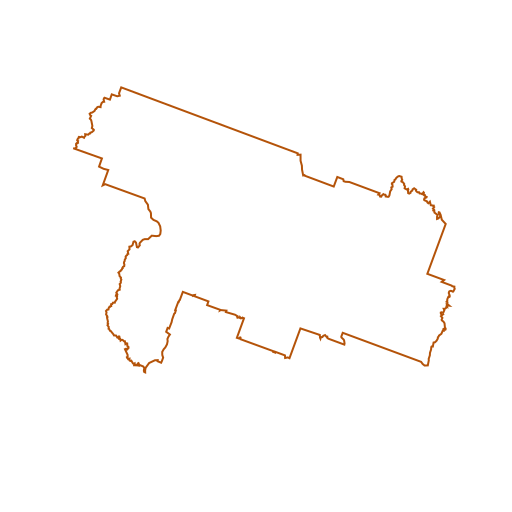 Mount Alexander, Victoria, Australia, rotated 12°
{"feature_id": "25037944B33361376852028", "entity_name": "Mount Alexander", "entity_type": "district", "adm_level": 2, "iso_a3": "AUS", "parent_name": "Australia", "parent_adm1": "Victoria", "projection": "mercator", "projection_center": [144.192, -37.076], "detail": "fine", "context": "isolated", "style": "outline", "palette": "amber", "viewbox_px": 512, "rotation_deg": 12, "n_neighbors": 0, "source": "geoboundaries", "source_scale": "gbopen_adm2", "svg_char_len": 6088}
<svg xmlns="http://www.w3.org/2000/svg" viewBox="0 0 512 512"><g transform="rotate(12 256 256)"><path d="M121.6,339.4L120.7,341.0L121.5,342.2L121.5,344.3L123.1,345.9L122.9,346.5L123.4,346.9L123.2,347.5L124.8,350.9L124.8,352.5L125.5,353.1L125.1,354.6L126.7,356.0L126.9,357.8L127.5,357.9L128.7,359.5L129.4,359.5L133.0,362.4L133.5,363.2L135.7,362.9L137.2,364.5L138.0,364.1L138.7,363.1L139.1,363.2L139.4,364.0L138.8,365.2L139.3,365.6L140.4,365.3L141.1,366.9L141.8,366.1L142.9,365.8L144.8,366.9L145.5,366.7L146.6,369.3L147.5,368.3L148.2,368.3L148.8,370.7L150.2,371.5L150.4,372.5L149.5,373.2L149.7,374.0L149.4,374.3L148.0,373.8L147.2,374.4L150.9,379.3L151.4,381.1L150.7,381.8L150.9,382.3L151.7,382.5L152.3,383.4L153.6,382.7L153.9,384.4L154.9,384.8L155.8,384.3L158.0,386.7L158.9,386.8L159.4,386.4L159.5,388.0L160.6,387.5L160.4,386.5L160.9,387.4L160.7,388.0L162.5,387.7L162.9,385.5L163.3,385.2L164.2,386.4L164.3,387.6L164.8,387.6L165.5,386.9L168.7,387.5L170.4,389.1L170.0,389.9L170.2,391.7L170.8,392.7L171.8,392.9L171.3,390.8L171.3,388.3L173.7,382.9L178.8,379.0L181.5,378.3L181.6,379.4L185.4,380.1L185.8,378.3L186.3,374.7L184.9,372.3L184.2,369.3L185.1,366.4L186.3,364.3L187.3,360.9L187.3,357.7L186.6,355.6L187.1,353.2L188.1,350.7L183.9,348.8L184.5,344.7L186.1,345.0L187.2,338.3L187.2,335.4L188.0,329.4L188.6,328.8L188.9,325.9L188.2,325.8L189.5,317.2L189.9,317.2L190.2,315.3L190.6,315.0L191.9,306.3L201.9,307.8L202.5,307.6L202.7,308.1L203.2,307.8L203.0,307.3L204.3,306.8L204.1,308.1L218.9,310.3L218.4,314.2L232.3,316.1L232.2,316.7L232.8,316.2L238.4,315.6L238.2,317.1L247.7,317.8L250.3,318.7L250.1,319.2L250.7,320.2L251.6,319.7L252.9,319.9L253.0,319.1L254.3,320.1L255.6,319.1L256.1,319.5L256.1,319.2L257.2,319.4L254.3,340.0L256.3,340.2L257.4,338.9L257.8,339.0L258.1,340.6L292.7,345.5L292.7,346.2L294.8,346.5L294.7,345.7L305.0,347.2L305.7,349.7L308.2,348.6L310.0,349.0L314.5,317.6L334.5,319.9L334.4,320.2L335.3,321.0L335.5,322.4L336.2,323.4L336.3,321.9L337.8,321.5L338.4,320.1L340.0,319.0L341.8,320.4L342.5,320.1L343.0,321.5L344.4,321.9L360.8,324.3L360.8,323.1L359.7,320.2L359.1,319.5L356.5,317.9L356.2,317.1L356.8,313.1L439.5,325.2L441.5,327.0L443.7,328.1L446.8,327.3L446.7,322.0L446.3,320.8L446.7,317.0L446.3,314.5L446.7,311.2L446.4,308.6L446.6,308.0L447.8,307.8L447.7,303.7L449.0,303.2L450.2,301.4L451.0,299.0L450.8,297.7L451.4,296.8L451.5,295.8L453.5,293.6L454.2,290.1L455.1,290.1L454.6,288.3L455.2,288.0L456.0,288.9L456.6,288.7L456.7,288.2L456.5,287.4L455.7,286.8L454.4,282.6L453.0,281.2L451.1,280.3L450.8,279.7L451.2,277.8L449.4,276.4L450.6,274.8L449.6,274.9L448.7,273.7L448.5,272.9L449.1,272.5L450.9,272.7L451.5,269.8L450.6,268.6L451.8,268.3L452.7,267.3L452.8,265.6L453.5,265.9L452.9,264.3L453.5,264.6L455.4,264.4L453.0,263.1L452.9,261.5L451.9,261.1L452.4,259.9L452.1,258.6L452.6,256.0L453.0,255.3L453.6,255.8L453.9,255.5L453.6,254.2L452.4,252.5L452.2,251.5L452.4,250.5L453.4,249.7L454.5,249.5L455.7,250.0L456.3,249.8L457.2,246.8L456.6,245.9L456.4,244.7L454.2,244.8L453.6,244.3L443.0,242.7L445.0,240.4L427.3,237.8L434.9,185.2L430.2,181.9L428.0,177.3L426.4,175.2L425.7,175.2L425.7,175.8L428.0,178.3L428.1,178.9L426.5,181.4L425.4,182.1L424.9,179.8L425.1,178.1L421.5,176.4L421.0,174.7L420.1,174.6L420.5,173.7L419.2,172.9L420.1,171.1L419.2,170.5L419.3,169.8L416.4,170.0L414.8,166.7L413.6,168.6L412.5,168.0L411.9,167.0L409.0,166.4L408.6,165.6L408.8,164.5L410.6,163.2L410.6,162.7L409.2,162.6L408.5,161.3L407.7,161.5L407.0,159.8L407.1,159.2L406.6,158.8L405.7,161.0L404.4,160.6L403.0,160.8L402.1,159.7L400.9,160.1L399.9,159.7L398.8,158.8L398.9,157.9L396.6,156.9L395.3,158.3L395.3,159.5L393.9,161.0L394.0,162.1L392.9,163.1L391.8,162.9L391.0,160.4L391.2,159.4L390.8,158.7L389.6,159.6L387.3,158.9L387.3,156.9L386.0,155.7L386.0,154.7L384.5,153.4L382.7,152.9L382.6,152.4L383.2,151.1L382.5,150.1L381.9,148.2L379.4,148.0L378.1,148.9L376.9,150.6L376.4,152.2L375.7,152.7L375.7,154.7L373.8,156.6L373.9,157.3L374.7,158.0L375.2,159.8L374.1,160.8L374.8,162.5L373.8,164.9L373.9,168.9L373.5,170.3L373.0,170.7L370.5,170.8L370.3,169.7L369.8,169.2L368.7,169.4L367.7,169.0L366.4,170.8L366.2,171.9L365.1,172.1L364.0,170.5L362.9,170.5L363.7,168.9L331.9,164.2L328.0,164.8L326.2,164.6L325.4,162.8L319.1,161.8L317.6,171.9L286.9,167.3L286.6,166.8L285.4,167.4L283.1,162.0L282.1,158.1L279.8,153.6L278.5,147.6L275.6,148.4L275.5,146.9L89.1,119.1L88.2,125.3L89.4,127.5L87.1,128.6L81.3,127.9L80.6,133.4L74.9,132.7L74.5,133.4L74.4,134.6L75.4,136.7L74.2,137.1L73.2,138.5L72.8,141.4L73.0,142.7L70.8,142.8L69.9,143.3L69.1,145.3L68.7,145.3L68.3,146.0L67.9,147.7L65.9,149.8L64.6,150.3L63.7,151.5L64.7,152.8L65.6,153.2L64.9,156.2L66.2,157.0L66.9,158.1L68.9,162.8L68.8,165.0L71.1,166.2L71.2,167.0L69.7,169.0L68.3,169.8L68.3,170.6L67.5,170.9L66.7,172.2L63.6,172.4L64.1,174.0L63.4,175.1L63.2,176.1L60.8,175.4L59.8,176.2L58.0,176.3L57.8,176.9L58.0,177.8L57.3,178.4L57.0,179.9L58.1,180.5L57.9,181.3L58.4,182.3L58.0,182.8L57.4,182.6L56.7,183.6L57.1,185.5L57.8,186.2L57.8,187.1L56.5,188.5L54.8,188.6L85.0,192.6L83.9,201.2L88.8,202.4L93.6,202.6L91.4,218.8L93.6,217.1L135.1,222.9L136.3,225.3L139.6,228.3L141.0,232.5L143.4,234.5L144.3,235.9L145.4,240.3L148.2,242.0L151.7,242.7L153.7,243.8L156.1,246.9L157.5,250.9L157.8,254.4L156.9,256.4L154.3,257.3L149.8,257.8L147.0,261.9L143.7,262.6L141.9,263.7L139.7,267.2L139.5,268.4L140.1,269.7L138.8,272.2L137.7,272.1L135.8,267.8L134.3,266.8L133.2,267.5L133.0,271.0L131.7,272.6L130.2,273.2L130.9,275.8L129.5,278.0L130.6,280.4L129.9,280.7L129.8,281.9L129.0,282.7L128.6,283.9L129.1,285.1L128.4,287.0L128.6,288.2L128.2,289.4L128.3,290.5L129.0,291.6L129.2,293.4L128.2,294.2L127.8,295.3L128.1,295.7L127.7,296.1L127.6,297.2L126.8,298.1L126.6,299.1L125.9,299.4L124.9,300.9L125.8,301.6L126.8,304.1L128.4,305.2L128.4,306.2L129.2,307.1L128.9,309.1L129.3,309.6L129.2,310.7L128.5,311.8L129.5,313.7L129.3,316.3L129.7,317.3L128.1,318.2L127.0,320.9L128.4,322.4L128.3,322.9L127.4,322.7L127.2,324.1L128.5,324.4L128.5,325.7L129.1,326.7L127.6,330.1L127.6,331.0L125.8,331.4L125.4,332.8L124.3,333.3L124.8,335.1L123.5,335.8L123.6,336.3L122.8,336.9L122.8,339.0L121.6,339.4Z" fill="none" stroke="#b45309" stroke-width="2"/></g></svg>